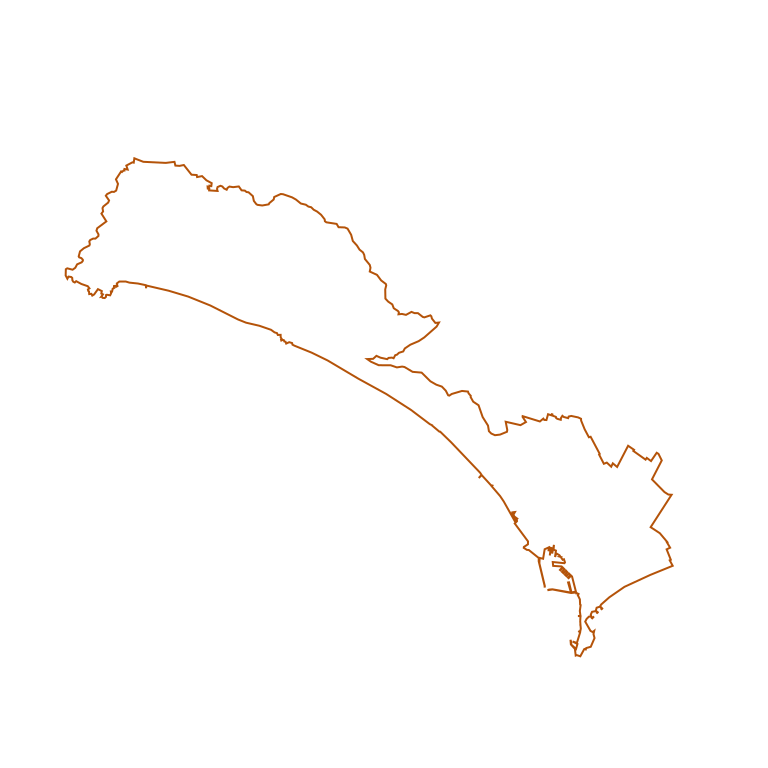 Callao, Lima Province, Peru, rotated 310°
{"feature_id": "86281439B21009248898999", "entity_name": "Callao", "entity_type": "district", "adm_level": 2, "iso_a3": "PER", "parent_name": "Peru", "parent_adm1": "Lima Province", "projection": "natural_earth1", "projection_center": [-77.143, -11.949], "detail": "fine", "context": "isolated", "style": "outline", "palette": "amber", "viewbox_px": 768, "rotation_deg": 310, "n_neighbors": 0, "source": "geoboundaries", "source_scale": "gbopen_adm2", "svg_char_len": 6086}
<svg xmlns="http://www.w3.org/2000/svg" viewBox="0 0 768 768"><g transform="rotate(310 384 384)"><path d="M430.3,722.0L432.6,716.2L433.7,716.7L439.0,706.8L442.5,708.4L444.6,702.4L445.0,702.6L447.0,691.2L445.7,680.3L484.0,675.5L482.1,672.9L481.5,668.3L483.2,650.6L504.0,645.9L506.9,639.2L506.6,637.1L496.6,638.1L496.3,632.8L494.2,633.0L493.0,618.0L494.3,617.9L493.6,610.7L470.3,615.9L470.3,610.3L466.7,611.2L467.0,605.2L464.2,603.7L468.2,594.1L469.1,594.2L476.4,576.2L474.9,575.2L478.3,566.8L482.7,558.5L484.0,557.3L483.2,554.2L479.9,548.0L477.8,546.4L476.2,547.0L474.3,542.9L474.3,541.1L471.8,541.4L470.2,542.4L468.7,539.1L468.6,537.7L469.3,536.8L468.1,533.5L469.0,532.5L468.7,531.9L467.5,532.1L466.3,529.1L460.8,531.6L459.5,529.9L459.9,528.3L455.5,527.5L448.5,510.9L447.9,511.3L446.1,517.2L440.2,515.0L433.3,501.5L428.0,508.0L426.4,508.9L419.8,505.4L416.1,501.9L415.0,498.0L415.3,494.7L419.0,490.4L422.1,480.8L428.5,470.1L427.8,463.7L429.7,458.7L430.7,458.1L431.2,454.8L432.2,453.2L428.8,448.2L419.9,442.3L417.1,441.5L416.6,440.4L418.6,435.6L419.2,430.0L417.1,424.5L415.9,417.8L416.9,405.5L411.7,398.1L410.2,388.8L409.0,386.7L405.0,383.2L402.6,377.0L395.0,367.9L392.7,359.8L392.3,355.1L396.3,359.5L400.7,360.1L401.9,364.4L405.1,370.5L406.9,370.7L409.3,373.1L409.9,374.8L413.3,374.1L414.8,375.1L417.5,375.4L421.3,377.8L424.6,377.1L431.0,378.9L439.1,383.0L445.5,384.9L461.8,387.4L466.4,386.6L463.8,384.1L464.9,378.7L466.3,376.7L466.4,375.4L461.0,372.1L460.3,370.6L460.1,364.5L457.9,361.8L456.9,358.7L451.1,356.4L449.2,352.7L446.7,350.3L448.5,349.3L448.9,347.9L448.3,342.8L450.3,339.2L449.8,334.3L450.3,330.2L457.3,324.1L461.0,322.3L461.8,321.1L461.5,315.2L463.1,308.5L461.0,300.8L464.4,298.9L466.1,296.5L467.5,289.0L470.2,285.8L471.3,283.3L471.2,278.9L472.7,274.2L473.5,268.2L477.2,262.9L479.6,256.2L478.7,253.3L474.9,248.4L476.2,244.8L470.8,235.9L470.7,234.1L472.0,232.7L473.2,227.0L473.1,221.9L472.3,218.1L472.6,214.6L471.3,212.0L471.1,208.9L468.8,204.3L468.7,198.0L467.9,193.6L464.5,184.7L463.2,182.8L456.7,179.7L454.4,180.9L448.9,179.9L447.5,180.2L442.5,176.0L439.9,171.9L439.7,170.6L440.6,166.6L443.6,162.8L443.8,157.0L442.7,155.3L442.7,153.1L440.8,150.4L442.0,145.8L437.8,141.9L435.9,138.7L433.7,138.1L431.7,138.6L431.0,135.8L431.4,133.2L430.7,131.3L427.9,129.9L426.1,130.7L424.9,132.4L419.9,125.6L421.2,124.7L420.4,123.4L421.9,121.9L422.8,123.4L423.7,122.8L424.6,124.5L427.1,122.9L425.9,117.1L426.3,111.0L422.4,107.8L423.7,106.2L420.6,102.0L423.1,89.9L419.7,87.2L417.2,83.8L419.5,80.7L413.1,74.7L399.5,56.8L396.4,47.7L392.7,50.0L392.1,48.8L385.7,46.2L383.5,49.8L381.9,47.0L380.7,47.9L380.4,47.3L378.0,47.0L377.9,46.0L368.5,47.1L366.3,51.6L360.0,54.5L357.6,53.7L356.3,51.9L351.5,49.8L349.4,49.9L347.9,55.4L345.7,56.1L339.6,54.9L337.8,55.3L335.6,57.9L332.9,58.0L330.1,66.8L319.0,64.2L316.6,65.2L315.1,69.1L313.8,70.1L309.9,69.5L308.4,67.7L305.5,66.4L303.8,66.6L302.0,68.8L300.7,69.3L295.1,66.8L290.2,65.9L285.5,68.1L285.1,69.1L285.9,71.3L285.6,73.4L284.9,74.1L282.9,74.2L278.4,72.0L274.6,72.8L271.4,72.0L269.0,67.0L267.4,66.5L262.5,70.4L261.1,73.8L263.5,73.3L264.9,75.6L264.9,76.9L263.1,78.7L262.6,80.3L263.0,81.9L264.9,82.1L266.1,87.9L268.5,94.2L267.9,96.9L266.1,96.4L265.2,97.6L265.3,98.5L263.4,100.4L265.0,101.9L264.2,103.7L266.3,104.4L272.8,103.9L273.8,108.1L271.6,109.3L272.0,111.1L269.1,111.3L269.6,111.7L269.1,113.0L270.3,114.8L272.0,115.0L273.5,113.9L274.2,114.3L275.9,117.2L278.0,116.7L279.3,115.3L280.0,116.3L282.6,114.9L283.8,115.5L285.5,114.2L287.4,115.9L286.5,116.4L287.7,116.9L289.3,114.7L292.4,115.4L296.5,120.3L298.0,123.8L302.8,130.9L306.6,138.0L304.4,140.2L306.4,138.8L307.0,139.3L317.0,159.0L325.1,177.8L332.5,200.5L339.6,230.7L342.3,238.9L348.5,251.1L352.9,262.6L353.2,267.0L354.2,269.3L353.3,271.1L355.2,273.2L353.3,274.9L352.8,276.6L351.9,276.5L351.3,277.4L352.6,278.0L353.2,279.1L352.5,280.3L353.1,281.4L352.1,283.1L355.1,284.5L356.3,287.3L355.3,288.6L355.8,290.8L361.5,308.4L365.8,325.7L371.6,361.0L377.8,392.2L381.5,421.4L382.7,444.9L383.5,448.1L383.1,447.3L383.1,457.1L383.6,457.7L382.5,472.8L377.8,514.8L377.1,517.1L372.9,517.0L377.0,517.4L375.2,530.9L375.8,532.2L374.9,532.2L372.8,544.9L371.0,551.2L362.5,573.7L364.9,572.7L367.0,565.3L368.5,565.1L370.1,566.6L368.5,566.9L367.9,565.5L366.3,569.0L366.5,572.6L365.8,572.5L364.4,574.1L361.2,573.8L356.0,595.5L353.7,597.3L349.1,595.9L348.3,596.4L348.8,600.1L349.9,601.6L350.2,614.4L347.7,616.4L332.4,637.1L331.2,637.8L332.5,637.2L347.4,617.1L347.2,617.8L350.8,615.0L352.4,618.2L360.7,613.3L364.8,615.3L361.6,617.5L365.0,615.6L365.7,617.1L359.2,621.2L365.8,617.4L366.4,618.7L362.2,621.8L370.0,617.6L366.1,620.4L366.9,622.8L361.4,626.2L365.0,624.9L365.6,628.5L365.2,629.9L364.7,629.6L365.3,631.0L364.4,631.0L364.9,631.2L364.2,633.9L365.4,634.5L363.7,637.3L362.7,637.4L356.1,627.7L353.4,630.5L358.4,637.3L358.3,638.5L354.7,638.3L354.7,638.9L358.3,639.2L358.1,641.3L354.5,641.1L354.4,643.1L358.0,643.4L357.7,645.4L354.2,645.2L354.1,647.2L357.7,647.5L357.5,649.7L354.0,649.3L353.9,650.2L357.5,650.6L357.4,651.8L348.0,664.9L347.7,663.9L345.2,661.9L345.2,661.1L351.0,653.2L350.3,652.6L344.4,661.3L335.0,645.0L332.6,642.6L331.1,641.8L334.9,645.1L344.2,661.7L347.6,665.0L346.8,666.7L347.7,665.9L348.2,668.0L346.8,668.3L346.4,667.6L346.7,668.6L344.9,672.5L341.1,676.0L341.1,676.7L336.0,679.9L332.6,683.6L330.9,681.7L332.5,683.7L328.9,686.4L328.5,685.9L328.7,686.5L326.1,689.0L325.5,688.3L325.9,689.2L323.1,692.0L320.2,693.6L319.8,691.7L319.6,694.0L309.6,698.2L308.0,694.0L309.2,699.3L304.5,701.4L304.7,695.1L307.1,692.6L307.9,691.3L304.6,694.6L303.8,700.5L299.2,705.4L300.2,705.9L301.6,709.4L309.6,707.8L310.6,708.4L310.5,709.1L311.8,708.7L315.6,711.3L324.7,708.6L327.1,705.2L330.0,703.7L328.1,703.3L327.6,700.9L331.3,690.9L334.3,690.2L337.5,690.5L338.7,691.6L338.6,693.8L337.5,694.1L340.9,694.3L338.9,693.8L338.9,692.6L340.3,690.6L343.2,689.8L346.3,692.3L346.0,694.1L344.8,694.3L347.3,694.7L346.4,694.2L346.6,691.9L349.3,690.7L352.2,692.5L351.9,695.1L350.6,695.3L351.5,695.5L352.3,695.5L352.6,692.4L354.8,692.1L365.4,693.7L383.2,698.6L408.9,710.7L430.3,722.0Z" fill="none" stroke="#b45309" stroke-width="2"/></g></svg>